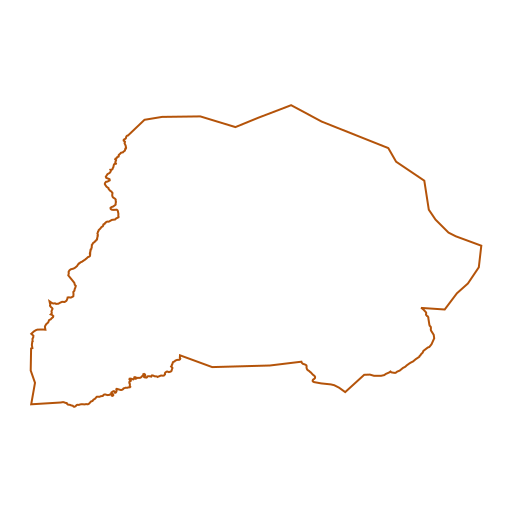 Bayanzu'rx, Hövsgöl, Mongolia
{"feature_id": "93677404B62399771295539", "entity_name": "Bayanzu'rx", "entity_type": "district", "adm_level": 2, "iso_a3": "MNG", "parent_name": "Mongolia", "parent_adm1": "Hövsgöl", "projection": "robinson", "projection_center": [98.395, 50.238], "detail": "fine", "context": "isolated", "style": "outline", "palette": "amber", "viewbox_px": 512, "rotation_deg": 0, "n_neighbors": 0, "source": "geoboundaries", "source_scale": "gbopen_adm2", "svg_char_len": 5952}
<svg xmlns="http://www.w3.org/2000/svg" viewBox="0 0 512 512"><path d="M455.8,236.3L448.5,232.6L435.5,219.6L428.8,209.7L424.3,180.7L396.1,161.7L388.3,148.1L321.7,121.6L291.1,105.2L258.4,117.7L235.4,127.1L200.3,116.4L162.1,116.9L144.5,119.8L128.0,135.5L127.5,135.5L126.7,136.0L126.1,137.1L125.9,138.2L125.5,138.7L124.0,139.5L123.6,140.1L123.7,140.7L124.9,141.6L125.0,141.9L124.6,142.9L124.6,143.4L125.6,145.5L126.1,147.9L125.8,148.7L125.3,148.7L124.9,150.6L123.3,151.8L123.0,152.3L120.9,152.8L120.4,153.5L118.8,154.9L118.6,155.4L118.8,155.8L118.6,156.6L117.1,157.2L116.6,158.2L115.5,158.6L115.2,159.4L116.1,160.1L116.0,160.6L115.3,162.1L115.3,162.5L116.0,163.6L115.9,163.8L114.6,163.9L114.2,164.2L113.9,164.7L113.3,167.3L112.7,168.3L112.5,169.1L112.2,169.4L111.7,169.7L110.5,169.8L110.9,170.6L110.8,171.1L110.2,172.3L109.4,173.1L107.5,174.1L105.8,176.8L106.3,177.9L109.4,179.1L109.6,179.3L109.7,180.4L107.4,181.6L106.0,181.8L105.0,183.1L104.8,184.0L105.2,184.8L106.5,186.7L108.5,188.1L108.6,188.9L108.8,189.2L110.2,190.8L111.5,191.6L112.0,192.5L112.5,193.0L112.2,195.2L112.5,196.6L113.0,197.4L115.1,198.8L115.7,199.5L115.7,201.1L116.0,201.9L115.6,203.3L115.7,204.2L115.5,204.8L113.2,206.5L111.7,207.0L110.8,207.6L110.5,207.9L110.6,208.7L110.8,209.1L111.8,209.7L113.4,209.9L116.7,209.7L117.5,210.3L117.9,211.2L118.4,213.8L118.3,216.1L118.6,216.8L118.5,217.3L116.2,218.4L115.1,219.5L111.9,219.9L108.7,221.7L107.3,221.6L106.2,222.0L105.8,222.6L105.1,223.0L104.7,223.8L103.5,224.3L103.3,224.6L103.3,225.4L103.0,225.8L102.8,226.3L101.5,227.0L100.3,228.6L98.7,230.1L98.5,231.0L98.0,231.6L97.8,232.6L97.4,233.4L97.9,234.9L97.9,235.2L97.5,235.8L97.7,236.4L97.3,237.3L97.3,238.0L97.0,238.6L97.1,239.1L97.0,239.5L96.8,239.8L96.1,240.2L95.6,241.0L94.8,241.5L94.6,242.0L93.2,242.9L92.1,244.7L91.8,245.0L91.9,245.6L91.7,246.4L91.8,247.2L91.4,248.2L91.4,248.8L90.7,249.4L90.8,249.9L90.4,250.3L90.5,251.2L90.2,251.8L90.3,252.1L90.0,252.5L90.1,252.9L90.0,253.2L90.1,253.5L89.9,253.8L90.2,254.1L90.0,254.5L90.1,255.2L89.8,256.2L88.7,256.9L87.9,257.1L86.3,258.7L85.8,258.9L85.3,259.5L83.7,260.5L83.3,260.9L82.9,261.0L81.9,261.8L80.5,262.3L80.0,262.9L79.4,263.1L79.1,263.6L78.7,263.6L78.3,264.1L77.0,266.1L75.1,267.7L73.5,268.6L70.8,269.3L69.6,270.2L68.8,271.4L68.6,271.9L68.6,272.4L68.8,273.1L68.3,275.4L74.3,282.8L74.8,284.8L75.8,285.9L75.3,287.7L74.7,289.0L74.4,290.7L73.3,292.0L73.5,294.3L73.3,296.3L72.7,296.7L70.8,297.6L68.7,297.3L67.6,297.5L67.5,298.3L66.9,299.9L66.3,300.9L64.6,302.0L62.2,301.8L60.3,302.6L58.4,303.7L56.1,303.9L55.0,303.3L53.3,303.5L51.9,303.0L49.5,301.3L50.3,304.9L50.0,305.5L50.0,305.8L51.0,307.1L52.0,307.9L52.5,308.6L52.5,308.9L51.8,310.4L51.5,311.3L51.8,313.0L51.4,313.8L50.8,314.4L51.9,314.8L53.3,316.1L53.0,317.2L51.5,318.4L50.8,319.3L49.1,320.1L48.2,322.4L46.1,324.3L45.1,326.1L44.9,326.8L45.4,329.7L43.0,329.5L37.5,329.6L36.0,330.1L33.9,331.4L31.3,333.8L33.4,335.7L33.2,337.5L32.5,338.7L32.5,340.3L32.7,341.3L32.3,341.6L31.9,344.5L31.9,345.4L32.4,348.1L31.1,348.5L30.7,370.5L35.0,382.8L31.2,404.3L60.7,402.5L63.1,402.1L64.3,402.4L65.5,402.9L66.7,403.0L67.2,404.0L68.0,404.6L70.2,404.9L71.1,405.4L72.7,405.7L73.5,406.5L74.1,406.8L74.6,406.7L75.6,406.2L76.6,405.1L77.3,404.8L78.9,404.9L80.2,404.4L81.9,404.2L84.7,404.4L86.1,404.1L87.8,404.3L89.0,403.7L91.1,401.4L92.5,401.0L93.4,399.7L95.1,398.7L96.7,396.8L97.6,396.7L99.4,396.8L100.9,396.2L102.7,396.0L103.2,395.5L103.6,394.8L105.0,394.4L107.5,395.1L109.3,394.9L110.2,394.3L110.9,394.2L111.4,394.4L111.7,395.6L112.3,395.9L113.0,395.6L113.3,395.2L113.2,394.6L113.0,394.2L111.3,393.3L111.3,392.8L111.4,392.5L112.8,391.5L113.9,391.1L114.5,391.5L114.8,392.6L115.0,392.8L115.6,392.7L116.1,392.2L116.6,390.9L116.6,390.5L116.3,389.3L116.5,388.9L117.0,388.9L120.4,389.9L121.2,390.0L122.5,389.6L123.1,389.1L123.3,388.6L123.7,388.3L124.4,388.2L125.6,387.7L127.1,387.8L128.4,387.4L129.8,387.3L130.3,386.8L129.8,385.9L129.9,384.0L129.4,383.2L129.3,382.3L129.3,382.0L129.7,381.6L130.3,381.3L130.8,380.8L129.5,379.6L129.4,379.3L129.6,378.7L130.7,378.6L133.4,379.4L134.1,378.6L134.3,377.3L134.9,377.1L135.5,377.3L135.1,378.6L135.7,378.8L137.3,377.9L139.7,377.9L140.4,377.7L141.2,377.2L142.1,376.2L143.2,375.3L143.3,374.2L144.1,373.9L144.9,374.4L145.1,374.7L145.2,375.3L145.1,375.6L144.0,376.5L144.1,377.1L144.7,377.4L146.6,377.6L147.0,377.3L147.2,376.6L147.7,376.3L149.1,376.2L151.3,376.6L151.4,376.4L151.4,375.9L151.9,375.4L153.0,375.5L154.7,376.3L156.5,376.4L157.5,376.7L157.6,376.9L161.1,375.5L162.4,375.7L163.8,375.6L165.0,374.4L164.9,373.2L165.4,372.5L166.5,371.7L167.1,371.5L168.9,372.1L170.7,371.6L171.5,370.9L172.0,369.1L172.4,368.2L172.4,367.8L171.1,366.5L171.8,365.6L171.9,364.7L172.5,363.8L172.5,363.4L173.0,362.1L174.6,361.4L175.3,360.6L177.1,359.9L179.2,359.8L180.0,359.3L180.3,358.6L179.8,357.8L179.9,357.2L180.0,355.3L212.2,367.1L269.9,365.5L301.4,361.7L301.7,362.6L302.3,363.3L303.2,364.0L304.2,364.2L305.8,364.9L306.4,365.4L306.6,366.2L306.5,367.2L306.6,368.0L306.9,368.9L307.2,369.6L308.4,370.6L309.2,371.0L310.0,371.9L310.7,372.3L312.9,374.7L314.4,375.8L314.8,376.4L315.1,377.0L315.0,378.0L314.2,378.9L313.1,379.6L312.9,379.9L312.6,380.9L313.2,381.7L314.1,382.1L321.2,383.4L330.8,384.4L334.2,385.2L339.1,387.7L345.2,392.1L364.2,374.8L369.9,374.6L374.0,375.8L381.1,375.8L384.2,375.1L385.9,373.9L389.1,372.5L390.5,371.5L391.2,372.3L391.6,372.4L394.0,372.8L395.1,372.9L395.8,372.7L397.2,371.6L399.7,370.6L403.0,367.9L405.0,366.9L405.8,366.3L406.4,365.6L409.6,363.3L411.3,362.3L413.0,361.5L415.7,359.2L419.3,356.8L419.7,355.8L420.4,355.4L420.9,354.4L422.7,352.6L423.4,350.9L427.8,347.5L429.3,347.0L430.7,345.3L431.5,344.3L434.2,338.3L433.7,334.8L431.1,330.7L430.8,329.8L430.9,328.1L430.8,327.0L430.3,326.3L429.7,325.8L429.4,324.9L428.4,318.6L428.3,317.3L427.6,316.2L427.0,316.0L426.0,314.7L426.2,313.1L426.1,312.5L425.7,312.0L423.4,309.5L421.9,308.3L421.0,307.9L444.7,309.5L456.9,293.3L467.9,283.5L478.8,267.3L481.3,245.7L455.8,236.3Z" fill="none" stroke="#b45309" stroke-width="2"/></svg>